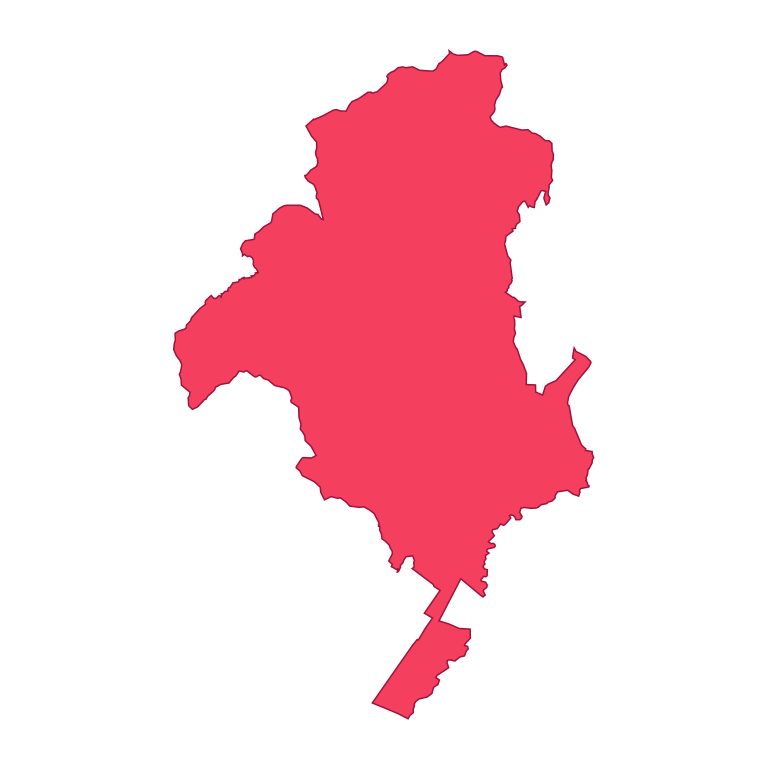 Rasnov, Brasov, Romania, rotated 181°
{"feature_id": "2599482B99347531874723", "entity_name": "Rasnov", "entity_type": "district", "adm_level": 2, "iso_a3": "ROU", "parent_name": "Romania", "parent_adm1": "Brasov", "projection": "equal_earth", "projection_center": [25.475, 45.557], "detail": "fine", "context": "isolated", "style": "filled", "palette": "rose", "viewbox_px": 768, "rotation_deg": 181, "n_neighbors": 0, "source": "geoboundaries", "source_scale": "gbopen_adm2", "svg_char_len": 6153}
<svg xmlns="http://www.w3.org/2000/svg" viewBox="0 0 768 768"><g transform="rotate(181 384 384)"><path d="M563.7,460.7L569.3,456.3L577.6,446.9L578.6,443.7L582.5,439.5L582.8,436.7L584.1,435.5L590.5,433.3L593.8,431.0L593.4,424.1L594.4,420.6L594.9,415.0L592.2,408.8L588.7,404.3L586.9,400.8L586.6,399.0L587.6,392.8L588.8,390.0L587.0,385.5L586.5,379.3L577.9,372.5L578.3,368.8L579.6,366.8L578.8,359.0L578.0,358.0L575.1,355.3L569.9,357.9L563.3,365.2L561.6,365.8L560.2,368.6L554.6,373.7L553.0,375.7L552.7,377.6L547.2,380.8L539.0,382.3L534.7,387.7L532.4,389.4L528.9,394.6L524.5,393.5L521.6,394.9L513.5,389.0L512.2,388.8L508.6,390.7L507.5,390.4L504.3,387.2L500.1,386.1L493.1,380.5L483.9,378.6L480.3,376.8L478.2,374.8L475.9,368.2L476.9,365.9L476.4,364.1L468.9,359.3L468.4,349.1L466.3,342.4L466.9,337.3L464.6,334.8L462.3,330.8L461.8,326.0L455.9,320.5L450.6,311.3L455.2,308.8L463.6,309.0L464.9,308.1L470.2,300.0L470.3,298.6L466.7,295.8L464.0,290.9L452.0,285.1L446.0,279.8L445.4,274.7L441.4,267.1L435.0,270.5L428.4,268.9L425.8,269.5L420.2,265.7L416.0,261.3L406.8,260.3L401.8,260.8L395.9,257.6L391.6,254.3L386.8,245.4L386.5,243.4L387.0,243.3L387.0,241.7L385.6,241.6L385.8,238.0L384.0,233.9L383.3,229.2L379.5,226.5L375.6,222.6L374.9,220.0L372.9,217.1L372.7,214.2L376.2,207.1L372.6,203.9L373.5,201.5L367.9,198.6L367.3,199.5L366.1,198.8L367.6,196.2L367.2,196.1L366.0,197.3L364.3,201.1L364.5,202.8L362.0,205.6L361.2,208.2L358.9,211.7L352.3,212.7L350.5,208.3L351.3,205.5L350.6,203.5L351.0,201.1L352.6,200.0L331.3,184.5L330.4,182.4L324.3,178.6L339.7,155.5L331.4,150.9L338.7,140.0L345.2,128.6L346.3,129.1L350.5,123.8L390.1,64.9L364.5,54.8L354.1,49.7L352.3,53.1L349.0,55.9L349.1,59.2L348.0,62.5L348.1,64.6L346.8,67.0L343.5,69.7L335.3,71.8L330.6,75.6L329.3,81.1L328.2,82.4L325.0,84.2L323.4,89.0L327.3,91.4L325.7,93.7L314.4,101.5L316.2,106.4L315.8,108.4L314.9,109.2L312.7,109.2L308.3,108.3L303.3,112.4L298.8,113.5L296.9,118.7L295.2,120.5L295.8,123.1L298.9,123.9L298.4,125.6L293.2,131.4L293.6,140.4L304.7,140.9L314.6,145.1L324.9,148.1L303.8,190.6L283.4,174.2L281.3,172.8L279.1,174.8L280.8,177.8L281.0,179.6L277.7,182.5L277.3,184.9L279.0,187.7L283.4,188.7L283.6,190.0L281.1,193.3L278.7,193.1L277.6,194.0L277.4,200.1L280.0,200.8L281.5,202.4L281.5,204.1L279.9,205.8L280.7,207.5L280.5,208.7L279.0,211.0L279.6,212.9L279.3,214.5L276.0,216.7L278.3,218.5L278.4,219.5L277.3,221.0L271.0,222.5L269.9,223.9L270.2,225.1L271.6,226.5L274.4,226.3L276.9,228.1L271.0,234.2L273.5,238.2L272.9,240.2L268.2,241.4L265.0,246.1L262.0,244.8L260.9,245.3L254.9,252.2L256.3,254.6L255.4,255.3L252.5,254.9L250.8,253.2L249.8,250.6L245.7,250.7L244.2,252.2L243.6,253.7L246.1,258.1L245.0,262.1L241.9,263.0L234.9,262.3L230.0,262.6L227.8,263.4L224.7,266.1L219.4,267.2L217.6,268.8L213.9,270.0L211.6,272.2L210.9,273.1L211.2,274.2L210.2,276.9L208.5,279.2L198.5,281.0L193.1,277.2L187.4,275.3L186.1,279.4L186.8,280.3L185.9,282.8L177.3,284.7L177.2,285.8L178.7,287.0L178.9,288.8L180.5,291.0L179.8,291.5L180.3,293.7L178.9,297.1L178.5,302.1L177.6,302.6L174.6,308.6L174.3,312.0L173.1,314.1L174.7,318.0L174.7,320.1L181.4,321.1L181.2,322.7L185.4,326.2L192.6,342.9L194.7,345.7L198.5,365.4L199.7,366.3L200.2,368.1L199.1,374.8L194.5,384.1L189.9,391.6L179.7,404.3L177.4,409.0L177.9,410.2L183.0,415.2L192.5,419.9L194.5,423.3L196.0,413.4L193.3,411.5L212.1,390.3L219.5,386.9L222.6,384.5L225.2,375.7L232.2,378.6L232.5,385.7L241.8,385.9L241.7,397.1L245.0,405.5L248.0,411.2L251.5,421.3L252.8,422.6L255.5,428.4L255.0,432.7L253.4,437.1L254.6,441.1L254.3,444.9L254.5,450.3L255.4,452.1L255.2,454.2L248.1,452.9L249.7,464.0L247.8,464.9L244.4,468.5L249.3,468.5L251.2,469.2L255.5,472.9L256.9,472.9L264.2,477.9L262.4,479.3L262.4,480.9L260.9,482.4L261.1,484.4L258.6,487.3L257.7,489.5L258.3,490.7L257.6,491.7L260.0,507.3L259.3,510.2L262.4,513.8L265.9,526.0L264.8,530.2L264.9,532.7L264.2,534.3L257.7,539.1L258.6,541.3L255.2,542.0L255.3,543.5L254.2,546.1L250.9,548.8L251.6,555.5L254.1,559.4L253.0,561.6L252.9,563.2L248.6,568.6L246.6,569.2L245.7,568.6L242.9,563.2L241.6,564.9L239.5,563.6L236.8,563.1L236.1,569.2L234.5,571.2L230.5,579.7L229.3,580.2L225.7,579.4L227.4,572.6L225.0,565.9L222.5,568.1L221.3,572.8L223.0,575.6L223.3,577.8L222.3,583.7L222.6,585.8L218.9,590.5L220.3,593.5L219.9,600.4L220.7,605.3L219.9,609.0L218.8,610.9L218.6,616.3L220.0,620.1L220.4,627.6L223.1,630.0L227.4,630.3L232.0,634.4L236.8,637.0L240.4,637.5L244.4,640.8L250.6,640.3L266.5,644.0L272.6,642.6L278.4,646.6L281.4,649.7L282.6,652.8L278.4,658.4L277.9,660.7L278.3,665.0L277.1,669.8L273.7,675.4L272.0,681.6L270.7,682.8L272.6,689.8L273.2,697.0L271.3,700.6L268.6,702.1L266.6,705.0L267.7,706.6L269.1,705.2L271.1,712.7L272.1,713.2L276.2,714.1L288.9,714.0L297.4,718.2L299.6,718.2L305.8,714.6L316.3,713.9L320.7,715.2L324.7,718.3L324.2,715.6L331.8,707.2L334.7,705.3L337.4,699.7L340.8,697.6L353.8,698.3L360.9,701.6L368.1,700.6L370.7,701.4L375.5,700.5L379.2,697.2L382.8,695.6L385.2,693.7L386.6,691.5L385.2,689.8L386.5,685.1L396.0,676.0L400.8,674.7L401.9,675.5L405.1,675.4L414.5,668.7L420.9,665.8L423.7,662.1L426.6,656.2L432.1,656.2L436.3,657.5L439.5,656.9L450.6,650.7L458.5,647.2L458.9,647.6L466.5,640.6L460.8,630.6L455.6,624.7L455.4,618.6L456.5,614.5L456.1,611.7L454.5,607.9L454.0,603.8L455.3,600.3L461.0,596.5L465.2,591.4L466.8,591.1L466.3,589.1L463.3,585.5L457.7,582.3L456.6,580.3L454.3,574.2L455.0,570.7L454.6,568.3L453.2,567.3L452.2,565.0L447.6,547.4L449.9,548.1L453.0,552.4L456.1,552.9L463.6,558.5L470.6,561.2L484.3,561.0L487.3,560.3L491.1,558.3L498.1,552.1L499.2,544.9L500.1,543.2L507.2,538.9L511.6,534.4L515.7,531.7L516.2,526.7L516.7,526.3L525.1,524.8L527.6,521.9L529.8,516.7L527.7,511.9L527.7,509.6L525.7,511.2L522.8,509.0L520.4,509.6L517.7,507.8L516.6,504.9L516.9,501.3L515.4,498.3L513.5,496.8L511.7,493.5L513.2,493.1L512.0,492.8L514.3,492.4L515.7,490.0L518.6,489.8L518.1,488.5L522.3,487.5L524.8,487.5L525.6,488.2L526.2,488.0L526.1,487.0L527.5,487.5L529.4,485.8L530.7,485.9L530.7,484.7L531.7,483.4L536.7,482.6L539.7,477.9L541.1,477.4L542.0,474.8L541.6,474.1L544.7,473.8L546.3,471.9L548.4,471.2L547.7,470.4L548.4,468.0L549.7,469.5L550.9,469.2L553.1,466.8L555.7,466.6L558.3,469.5L563.5,464.5L564.3,462.4L563.7,460.7Z" fill="#f43f5e" stroke="#9f1239" stroke-width="1.5"/></g></svg>